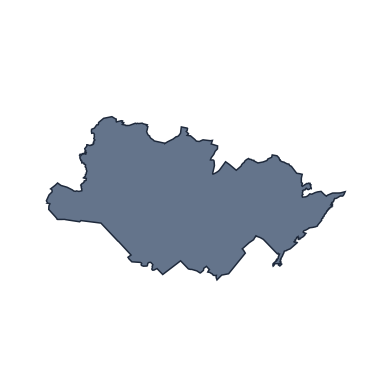 Rubenes pag., Jekabpils, Latvia (Natural Earth projection), rotated 150°
{"feature_id": "27541924B32922807778948", "entity_name": "Rubenes pag.", "entity_type": "district", "adm_level": 2, "iso_a3": "LVA", "parent_name": "Latvia", "parent_adm1": "Jekabpils", "projection": "natural_earth1", "projection_center": [26.013, 56.162], "detail": "fine", "context": "isolated", "style": "filled", "palette": "slate", "viewbox_px": 384, "rotation_deg": 150, "n_neighbors": 0, "source": "geoboundaries", "source_scale": "gbopen_adm2", "svg_char_len": 5979}
<svg xmlns="http://www.w3.org/2000/svg" viewBox="0 0 384 384"><g transform="rotate(150 192 192)"><path d="M78.4,109.4L78.2,110.1L77.3,109.7L77.2,109.9L77.5,110.8L76.4,111.1L76.3,111.4L76.7,111.8L77.4,111.9L76.6,112.3L76.5,112.8L75.8,113.0L75.0,112.8L74.1,113.2L73.5,113.5L73.5,113.8L73.3,114.0L71.7,115.1L70.8,114.5L69.8,114.3L65.6,114.4L63.9,113.3L63.2,113.2L61.8,113.8L59.2,115.7L64.2,117.1L70.8,120.8L76.3,121.5L77.7,121.2L78.7,123.6L79.9,128.0L83.2,129.3L85.6,129.9L89.4,130.2L90.9,131.5L94.0,130.7L96.1,131.0L98.9,132.3L98.4,134.1L98.1,134.3L97.2,134.3L97.1,135.3L96.7,136.3L95.7,136.9L95.5,137.9L94.5,137.9L93.2,137.3L91.6,138.1L90.9,137.9L90.8,136.6L89.8,135.8L87.4,135.9L87.0,135.3L86.7,135.7L86.7,136.8L86.4,137.2L86.4,138.2L85.4,138.6L86.0,139.8L85.4,140.4L86.6,141.4L87.5,141.3L88.3,142.0L93.6,141.7L93.8,142.4L93.6,143.1L93.0,143.3L92.0,144.4L92.6,145.5L90.4,149.3L87.7,152.2L89.6,154.0L92.0,155.9L93.0,163.7L93.1,164.5L94.2,166.2L94.1,167.7L95.5,168.8L97.1,171.2L97.3,171.8L98.8,173.1L99.6,174.5L99.9,175.2L99.6,175.7L100.0,175.9L99.6,178.2L100.3,180.9L104.0,184.0L105.7,182.2L109.7,182.7L111.4,181.8L115.5,182.5L120.4,184.2L122.9,188.1L122.6,188.4L124.3,189.9L124.6,190.8L125.9,191.6L126.2,192.7L128.7,192.8L130.7,192.4L131.2,192.2L131.9,191.5L133.7,191.4L135.3,190.8L136.5,189.9L142.8,188.7L145.8,197.0L147.8,201.4L157.3,197.2L159.2,196.8L161.8,196.7L163.7,196.8L164.9,197.0L164.9,197.7L159.4,203.6L157.7,207.1L157.3,208.4L157.9,209.4L159.0,209.8L160.0,210.6L158.1,212.1L154.3,213.7L151.6,215.7L148.4,216.6L146.8,219.1L151.3,224.0L148.5,226.5L150.4,227.2L156.4,231.7L160.4,232.1L162.8,233.9L163.3,236.2L165.2,241.4L167.9,243.5L165.9,244.2L166.7,247.3L165.3,247.8L164.1,249.3L164.2,249.7L168.7,253.7L172.6,248.6L175.5,247.4L176.9,247.3L178.1,247.8L181.9,247.3L188.0,247.7L190.8,247.6L190.7,247.7L191.9,248.5L199.2,255.1L199.5,256.4L200.9,259.4L200.9,261.3L200.7,261.7L201.3,262.8L201.5,263.7L201.3,265.8L201.1,267.0L199.7,268.3L197.5,270.8L198.2,272.2L197.2,272.6L200.1,275.4L200.7,276.5L203.9,277.9L205.1,278.9L205.9,278.9L206.7,279.9L213.1,281.0L216.1,282.7L216.2,283.2L218.5,285.3L216.8,285.8L216.4,286.2L217.8,287.2L216.6,288.3L217.6,289.1L222.4,290.5L222.2,291.4L221.2,293.0L221.4,293.1L223.7,297.3L231.7,300.0L238.1,298.9L239.4,297.2L239.8,297.2L241.0,297.8L244.5,296.1L247.6,296.5L248.7,295.0L249.5,293.0L248.4,292.6L247.7,291.9L247.8,290.5L248.1,290.3L248.8,289.2L248.9,288.5L250.3,287.5L250.4,287.2L250.1,285.6L251.3,285.3L252.0,284.5L252.5,284.4L252.6,284.0L252.9,283.8L252.7,283.6L253.0,283.3L252.9,283.2L253.0,283.0L254.0,282.7L254.6,283.0L255.3,282.7L255.7,283.1L255.9,282.9L257.2,283.3L258.9,285.2L259.5,285.5L260.2,284.3L263.2,283.2L263.7,281.5L263.3,281.0L263.4,280.8L263.9,280.6L263.9,280.2L264.6,280.3L264.7,279.9L265.0,279.6L264.6,279.4L264.6,279.2L264.1,278.9L264.6,278.6L264.8,278.0L265.3,278.1L265.3,278.5L265.5,278.6L265.2,278.9L265.6,279.2L265.6,279.4L266.3,279.5L266.4,279.3L266.9,279.3L266.8,279.5L267.0,279.7L267.7,280.0L267.9,279.7L268.8,279.7L269.0,279.5L269.0,280.0L270.0,280.6L270.3,280.2L270.7,280.2L270.8,279.7L271.2,279.6L271.0,279.0L271.3,278.6L271.3,278.4L272.1,277.6L272.0,277.3L272.3,276.1L272.1,275.4L272.6,274.8L272.0,273.8L272.9,272.4L272.9,272.2L272.2,272.0L271.2,271.0L271.5,270.4L271.5,270.0L271.0,269.6L270.6,268.7L271.1,268.2L271.2,267.7L271.9,267.3L271.7,265.4L272.4,264.4L272.3,263.8L272.7,262.5L273.9,261.6L274.4,260.7L274.9,260.4L275.5,260.5L276.3,259.1L278.5,258.6L278.2,258.4L278.5,257.9L277.7,257.6L277.7,257.2L277.1,257.0L276.7,256.6L277.1,256.2L277.8,255.1L278.9,255.1L279.7,255.5L280.3,255.0L280.6,254.5L282.1,254.2L282.9,254.3L284.9,253.6L284.8,252.9L285.2,252.4L285.0,251.9L285.7,251.2L285.9,250.6L285.8,250.0L286.8,248.2L289.6,249.0L291.5,250.7L292.7,250.9L293.9,252.0L294.6,253.7L297.8,258.6L302.2,263.2L303.9,267.0L307.2,266.2L312.9,265.4L312.4,264.6L312.3,263.8L312.7,262.6L313.3,262.0L317.2,261.0L322.5,257.2L322.6,254.6L322.8,254.6L320.9,253.0L321.2,252.6L322.9,251.5L324.8,248.5L322.7,238.9L322.3,236.4L322.5,236.0L322.1,235.4L315.9,231.9L315.2,231.2L304.2,222.4L302.5,222.8L286.4,210.6L280.7,186.4L280.4,186.0L276.3,167.9L280.1,167.5L280.0,166.2L280.1,165.9L279.0,161.6L272.0,156.9L271.3,155.8L271.3,155.3L272.3,154.6L272.5,153.9L272.3,153.4L271.1,152.0L268.0,150.4L267.2,150.8L266.3,152.0L265.7,152.4L264.4,152.5L262.9,151.7L262.2,148.7L262.4,148.4L263.7,147.6L263.7,146.8L265.0,145.7L265.4,145.0L265.2,144.7L265.3,144.1L264.1,143.4L260.6,143.2L258.6,135.2L236.3,138.1L233.6,127.2L232.1,125.8L230.9,125.1L227.3,121.3L225.5,117.9L225.1,117.7L221.3,118.4L220.0,120.0L216.7,120.4L215.7,116.2L216.3,116.1L218.4,114.8L216.6,113.2L216.0,111.7L215.4,110.9L215.2,109.2L213.4,107.9L212.6,107.6L213.3,106.9L213.9,105.6L214.3,103.4L207.8,105.2L201.2,102.9L176.4,112.4L176.5,115.8L176.9,117.6L167.9,119.5L162.5,119.9L160.2,121.3L159.4,121.4L159.5,121.6L158.5,122.1L157.4,120.4L155.7,118.4L153.9,115.3L149.1,96.0L148.2,95.9L148.5,95.2L147.3,94.5L150.0,92.4L150.3,91.6L151.8,91.0L152.0,91.4L153.1,90.9L152.8,90.3L153.6,90.0L153.8,90.2L157.6,89.4L158.6,88.1L158.8,87.2L158.2,87.3L155.9,88.4L152.2,86.3L153.6,85.6L152.9,84.0L150.4,84.6L150.3,84.8L151.6,86.2L150.2,86.5L149.9,87.0L150.5,87.7L148.6,89.3L148.9,89.6L145.3,91.6L144.8,92.2L143.4,93.0L141.6,94.6L139.3,94.0L139.0,94.2L135.3,93.7L126.2,95.5L126.3,95.9L127.6,97.0L128.5,97.4L128.5,97.9L126.6,98.3L126.7,98.9L124.9,99.4L124.1,100.3L122.5,100.4L122.9,99.7L122.4,99.3L123.6,98.2L123.6,97.8L123.1,97.4L122.5,97.7L121.5,97.3L121.2,97.7L118.3,97.7L116.0,98.2L115.9,98.6L114.0,99.2L115.8,101.3L115.6,101.9L114.4,102.5L112.4,102.1L108.8,102.1L108.5,102.4L105.2,101.0L102.7,100.2L100.5,99.8L100.0,100.1L99.4,100.6L93.9,102.6L93.5,103.6L93.0,103.9L91.8,103.9L91.4,104.8L90.3,104.8L89.5,105.2L89.3,105.7L88.7,106.1L88.1,106.1L87.9,106.5L86.5,106.7L85.1,107.8L84.6,107.8L84.5,108.2L83.5,108.2L83.0,108.8L82.7,108.6L81.9,108.9L81.3,108.8L81.2,109.0L81.4,109.3L80.8,109.5L79.6,109.2L78.9,109.7L78.4,109.4Z" fill="#64748b" stroke="#1e293b" stroke-width="1.5"/></g></svg>